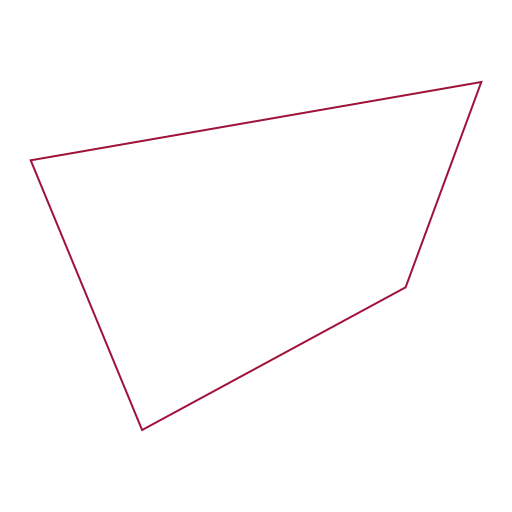 SVG path tracing the border of Jarvis Island
{"feature_id": "UMI-5173", "entity_name": "Jarvis Island", "entity_type": "state/province", "adm_level": 1, "iso_a3": "UMI", "parent_name": "United States Minor Outlying Islands", "parent_adm1": "", "projection": "albers", "projection_center": [-160.021, -0.381], "detail": "fine", "context": "isolated", "style": "outline", "palette": "rose", "viewbox_px": 512, "rotation_deg": 0, "n_neighbors": 0, "source": "natural_earth", "source_scale": "10m", "svg_char_len": 184}
<svg xmlns="http://www.w3.org/2000/svg" viewBox="0 0 512 512"><path d="M30.7,160.3L481.3,82.0L405.6,287.3L142.1,430.0L30.7,160.3Z" fill="none" stroke="#9f1239" stroke-width="2"/></svg>